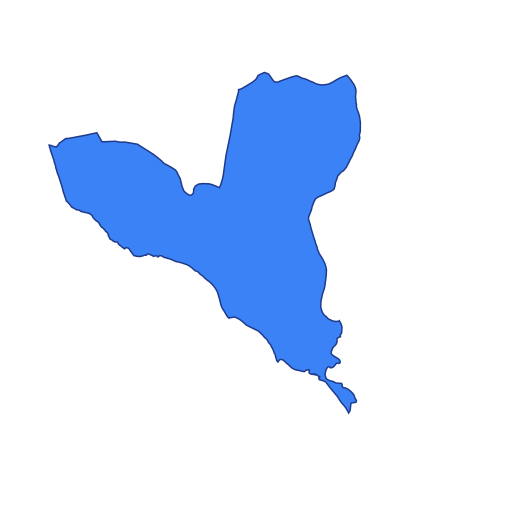 the district of Mbour, Thiès, Senegal, rotated 338°
{"feature_id": "50182788B56533800648606", "entity_name": "Mbour", "entity_type": "district", "adm_level": 2, "iso_a3": "SEN", "parent_name": "Senegal", "parent_adm1": "Thiès", "projection": "robinson", "projection_center": [-16.867, 14.372], "detail": "fine", "context": "isolated", "style": "filled", "palette": "blue", "viewbox_px": 512, "rotation_deg": 338, "n_neighbors": 0, "source": "geoboundaries", "source_scale": "gbopen_adm2", "svg_char_len": 6119}
<svg xmlns="http://www.w3.org/2000/svg" viewBox="0 0 512 512"><g transform="rotate(338 256 256)"><path d="M360.5,104.0L356.8,103.4L348.0,103.0L340.7,102.8L338.2,101.3L337.3,98.2L336.5,94.5L335.8,92.0L333.9,90.1L332.6,89.0L328.7,89.1L325.4,89.4L323.1,91.6L320.7,92.7L317.4,93.6L313.5,94.2L311.4,94.6L304.8,95.5L302.1,95.2L301.3,97.2L298.6,100.7L295.5,104.9L292.6,108.4L289.4,113.9L286.5,119.5L277.4,134.2L265.8,151.6L255.7,169.2L252.8,173.3L249.3,177.4L247.7,179.0L245.5,176.7L241.4,172.8L238.9,171.2L233.7,168.9L229.7,167.8L226.1,168.4L223.2,170.7L221.9,173.7L220.3,174.9L218.8,175.3L216.9,174.6L215.1,172.1L213.5,168.8L213.5,163.8L214.7,155.8L214.3,152.1L214.1,148.2L213.4,145.9L211.3,142.9L208.8,139.7L205.3,135.6L203.8,131.9L199.0,123.4L187.9,107.9L177.2,101.3L172.5,99.5L168.6,96.9L156.0,92.5L154.6,82.1L143.9,80.3L126.0,76.7L124.3,76.0L122.9,75.9L121.6,76.4L119.7,76.7L118.1,77.4L116.3,77.4L114.2,79.0L111.8,80.1L109.0,78.4L107.8,77.0L105.7,75.7L105.4,77.9L105.3,79.7L105.0,81.6L104.6,89.7L104.5,91.5L104.1,93.2L104.0,96.6L103.7,98.4L103.3,100.1L103.3,101.6L103.0,103.4L102.9,104.9L102.9,107.9L102.2,117.9L101.9,120.7L101.6,122.6L101.4,124.1L100.8,134.2L100.9,134.3L101.1,134.3L101.7,136.1L102.5,137.9L102.8,139.0L103.0,140.0L103.4,141.5L106.4,145.1L107.0,146.1L108.0,146.4L109.1,147.2L109.7,147.9L110.1,148.7L110.7,149.3L111.3,149.5L111.2,149.9L112.4,150.4L113.6,151.5L115.6,152.7L117.0,154.0L117.4,153.9L118.0,155.1L118.5,155.7L118.9,156.5L119.3,157.6L119.2,158.5L119.5,159.7L119.9,160.8L120.1,161.5L120.5,162.5L120.9,162.9L121.1,163.6L121.6,164.3L122.2,165.0L122.4,165.9L122.8,166.8L122.7,167.5L123.0,168.1L123.1,169.4L123.6,171.4L124.3,172.2L125.4,174.8L125.7,175.8L125.8,177.0L126.4,177.6L127.0,178.7L127.0,180.8L126.7,182.1L126.9,183.0L126.9,184.3L127.0,185.6L128.3,187.1L129.1,188.6L129.5,189.0L130.1,189.7L130.6,190.2L131.4,190.3L132.2,190.8L132.8,191.5L133.0,193.6L133.6,194.9L134.4,195.9L134.9,196.9L135.2,197.7L135.7,198.6L136.3,199.1L136.6,199.6L136.7,200.1L137.1,200.1L137.8,199.6L138.5,199.4L139.2,200.0L140.4,200.7L141.0,201.8L141.2,202.9L141.3,203.8L142.2,206.7L142.3,207.9L143.1,210.1L143.8,210.3L144.5,211.0L145.1,211.5L146.2,212.0L147.8,212.9L148.6,213.1L150.1,213.4L152.8,213.5L153.6,213.6L154.2,214.1L154.9,214.1L155.5,213.7L156.3,213.5L157.0,213.7L159.6,216.3L160.3,216.8L160.8,217.6L160.7,217.9L161.7,218.0L162.9,218.2L163.9,218.7L164.4,219.6L164.9,220.2L165.9,219.9L166.6,219.5L167.6,219.9L168.5,220.6L169.2,221.3L169.5,221.9L170.7,223.3L171.3,223.4L172.1,224.1L172.4,224.6L173.3,225.1L176.1,227.4L179.6,231.1L181.4,232.2L184.6,234.6L186.2,236.0L187.7,237.2L189.9,239.4L192.3,243.2L193.9,246.7L195.7,248.3L196.6,249.6L197.2,251.7L199.3,254.8L200.1,257.1L201.6,259.9L203.1,262.2L205.2,267.0L206.0,269.8L206.4,272.0L206.7,275.0L206.6,277.1L205.7,284.9L205.2,287.9L205.1,289.7L205.3,292.8L205.9,295.5L206.4,299.4L206.9,301.9L207.7,303.6L208.4,303.3L210.2,303.9L211.9,304.2L213.6,304.8L215.3,306.6L217.0,308.6L217.9,310.0L218.9,311.8L221.1,316.3L222.4,317.9L226.2,322.1L230.0,326.4L231.4,329.4L232.5,331.7L233.1,333.8L233.9,335.7L234.6,336.9L234.8,337.5L235.1,339.0L235.1,340.2L235.2,340.7L235.5,341.7L235.7,342.4L236.3,343.9L236.3,345.5L236.7,348.5L236.7,350.4L236.6,351.5L236.6,353.2L236.9,354.4L236.4,357.2L236.1,360.5L236.3,362.1L236.6,362.5L238.3,361.4L239.3,361.0L240.3,361.2L242.0,362.4L242.9,363.8L244.2,366.9L245.2,368.7L246.3,371.1L247.2,373.0L248.3,374.6L249.4,375.7L251.1,377.1L252.4,377.8L255.6,380.2L256.8,380.9L257.8,381.3L260.2,380.5L261.1,381.1L262.0,381.2L262.6,381.2L262.7,382.1L262.0,383.0L261.6,383.8L261.6,384.7L262.1,385.4L262.6,386.0L264.2,387.0L264.8,387.2L266.3,388.3L266.3,388.0L266.0,387.3L266.6,387.6L267.5,388.5L269.1,391.1L269.6,391.6L269.8,392.1L268.6,392.5L268.3,393.2L268.4,394.4L269.2,395.1L270.9,396.3L272.7,398.0L273.5,399.0L275.3,405.8L278.8,416.6L279.3,418.9L279.5,420.8L280.6,425.1L281.5,427.3L282.5,431.0L282.9,434.3L283.1,436.3L284.8,435.0L285.5,434.2L286.6,432.3L287.5,430.6L288.8,428.2L289.9,428.1L292.9,428.9L294.3,428.9L295.0,427.5L294.5,424.5L294.7,422.7L294.7,421.1L293.6,418.0L292.0,414.8L290.7,413.2L289.3,411.7L287.3,410.6L287.2,408.8L287.7,407.5L287.6,406.2L284.1,404.5L282.2,403.5L281.3,402.0L280.0,400.9L277.8,399.3L276.0,397.4L275.2,395.7L275.4,392.4L276.1,391.0L277.0,389.5L278.8,387.3L280.1,386.3L281.3,385.8L282.4,386.0L282.9,387.4L283.8,387.8L285.5,388.0L287.0,387.5L288.7,386.6L290.0,385.8L291.2,385.7L292.4,386.6L293.8,386.6L294.6,385.4L294.4,383.4L293.4,381.5L290.8,378.1L289.8,376.6L289.3,374.9L289.5,373.3L291.7,371.1L292.9,369.8L295.1,368.8L297.0,368.0L299.0,366.0L299.9,363.4L301.1,362.6L302.8,362.4L304.1,362.5L304.7,360.6L306.5,359.5L307.6,357.3L309.0,354.4L309.4,351.8L309.3,349.4L309.0,347.2L308.3,347.5L305.8,346.7L303.0,345.2L301.5,343.5L299.6,341.6L298.5,338.8L296.9,335.9L296.4,332.6L296.7,329.0L297.2,326.8L298.5,324.2L298.7,323.2L300.2,320.9L301.4,319.2L302.9,316.8L305.3,313.9L306.8,312.2L308.6,309.6L310.3,306.5L311.4,304.7L312.0,303.6L313.6,300.7L316.1,295.4L316.8,291.7L317.0,288.7L316.7,283.8L315.5,277.3L315.6,275.0L315.5,273.3L316.0,270.1L316.0,266.5L316.4,264.0L316.5,260.7L317.4,251.2L318.1,246.7L318.4,242.3L318.7,241.0L319.4,239.6L324.8,233.8L326.4,231.4L330.6,226.9L332.7,225.3L334.9,224.7L341.7,224.4L346.1,224.1L349.2,224.1L351.7,223.8L353.4,223.2L354.0,222.5L355.7,220.3L357.1,217.7L359.0,215.8L360.4,214.1L361.7,212.5L362.9,211.8L363.4,211.7L366.7,210.0L368.4,209.9L369.9,209.3L370.8,208.8L371.6,208.3L373.0,207.7L374.0,206.7L377.2,204.0L379.6,201.8L382.9,199.1L385.8,196.0L387.9,194.3L390.1,192.0L391.8,190.2L393.6,188.7L394.8,187.7L396.5,185.3L396.9,183.3L397.3,182.2L398.3,181.2L399.6,179.0L402.8,171.3L403.2,169.7L403.6,168.1L404.3,165.4L404.7,160.9L404.6,158.1L405.0,155.3L405.7,153.7L406.1,152.2L406.3,150.5L407.0,149.0L407.5,146.8L408.3,144.9L410.5,140.6L411.1,138.2L411.2,134.8L410.0,128.7L408.6,124.2L407.9,122.4L401.3,122.3L397.8,122.6L392.8,123.4L388.2,123.8L385.8,123.4L383.1,122.8L379.9,121.5L377.8,120.0L376.3,119.0L374.7,117.1L373.0,115.3L371.6,114.1L370.1,112.4L367.7,110.0L365.6,108.6L363.8,106.6L361.6,104.3L360.5,104.0Z" fill="#3b82f6" stroke="#1e3a8a" stroke-width="1.5"/></g></svg>